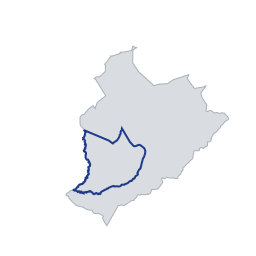 Bolivia, with El Beni highlighted, rotated 236°
{"feature_id": "BOL-1293", "entity_name": "El Beni", "entity_type": "Department", "adm_level": 1, "iso_a3": "BOL", "parent_name": "Bolivia", "parent_adm1": "", "projection": "natural_earth1", "projection_center": [-65.092, -13.43], "detail": "fine", "context": "in_parent", "style": "outline", "palette": "blue", "viewbox_px": 256, "rotation_deg": 236, "n_neighbors": 0, "source": "natural_earth", "source_scale": "10m", "svg_char_len": 8577}
<svg xmlns="http://www.w3.org/2000/svg" viewBox="0 0 256 256"><g transform="rotate(236 128 128)"><path d="M60.2,145.7L59.9,142.6L59.4,141.8L58.7,141.3L58.4,140.7L58.7,140.0L60.1,138.7L60.8,138.5L61.0,137.9L63.5,134.2L64.3,133.5L65.2,132.9L65.6,132.5L65.3,131.2L65.4,130.3L65.7,129.7L67.4,128.6L67.6,128.4L67.5,128.0L66.8,127.4L65.2,126.8L64.2,126.8L63.3,125.8L61.2,120.3L60.9,119.0L60.9,118.5L62.2,115.7L63.7,113.5L63.5,113.0L61.9,110.9L61.4,109.8L61.5,107.6L62.5,106.9L62.9,104.9L63.4,104.6L64.3,103.2L65.5,101.9L65.6,100.4L66.0,100.0L67.0,99.5L67.1,99.1L66.9,98.1L66.3,97.0L65.9,96.5L65.3,93.9L64.7,92.6L65.4,91.4L65.8,90.1L65.9,88.5L65.8,81.8L67.1,80.1L67.7,79.7L68.3,79.2L68.3,78.1L69.2,76.7L58.8,55.8L62.8,55.8L67.2,56.6L68.0,57.0L68.1,57.7L68.6,58.1L69.8,57.9L73.4,56.1L73.9,55.5L75.2,53.5L76.2,52.4L77.1,52.0L78.9,51.9L79.5,52.2L80.2,52.2L80.9,51.0L81.8,49.8L83.7,48.2L84.7,47.8L85.3,47.2L86.4,47.1L87.3,46.6L91.7,42.6L93.5,41.6L95.5,41.2L97.1,40.6L101.0,40.1L103.5,39.8L104.3,40.4L105.2,40.2L106.0,39.3L106.6,39.1L107.1,39.1L107.8,40.1L108.1,41.2L107.9,42.1L107.9,43.3L108.2,44.9L108.1,46.4L106.6,49.0L106.5,49.8L106.6,50.9L107.0,52.6L107.8,55.0L108.0,56.8L107.4,57.9L107.1,58.9L107.2,59.7L107.4,60.3L107.7,60.7L107.9,61.3L108.0,62.3L108.4,63.3L109.3,64.2L109.7,65.1L109.5,66.0L109.5,66.5L109.8,66.7L110.4,66.3L110.7,66.4L111.3,67.6L111.7,68.8L111.8,69.6L113.7,70.3L116.2,72.6L117.3,73.3L118.4,75.8L120.3,76.4L123.9,77.0L125.7,76.2L126.8,76.3L128.0,76.9L130.8,79.1L131.9,79.4L132.7,78.9L133.4,78.7L134.0,78.9L134.6,80.8L136.7,82.7L137.5,83.3L138.4,83.3L142.2,85.2L143.2,85.3L144.3,85.2L144.9,85.5L145.2,86.6L146.9,88.8L147.7,89.7L148.7,90.5L151.2,90.4L151.9,90.7L156.9,90.0L158.8,90.9L163.5,94.0L164.4,96.0L164.6,97.1L164.3,98.2L163.9,98.6L163.8,99.3L164.0,100.4L164.7,101.3L165.3,104.5L165.8,105.2L166.1,111.5L162.5,111.7L163.1,112.3L166.4,116.8L167.1,127.5L185.9,128.3L186.4,128.2L187.7,127.7L188.1,127.7L188.0,130.5L186.6,132.6L186.5,133.3L186.7,136.1L187.2,138.4L187.4,140.5L187.9,141.1L189.6,142.2L192.0,144.2L193.0,144.5L193.8,144.2L194.3,145.1L194.4,146.4L196.5,152.5L196.9,153.3L197.6,153.7L197.4,154.0L196.9,154.2L196.7,154.6L194.2,163.2L194.8,163.2L194.9,164.9L194.2,165.1L194.0,165.4L190.1,174.4L193.1,177.6L192.8,178.1L191.3,178.6L190.4,179.9L189.7,180.1L189.9,177.8L189.7,175.9L189.5,175.4L179.2,168.2L168.7,168.3L151.5,172.5L148.7,173.0L146.8,178.6L142.7,185.4L142.7,192.3L138.3,208.0L137.3,207.0L136.5,205.6L136.3,204.9L136.2,204.8L126.7,204.9L126.3,205.3L125.6,205.2L125.1,205.0L124.6,205.0L123.9,205.3L123.3,205.9L120.0,213.0L119.5,215.6L119.3,216.1L118.8,215.2L117.1,209.9L116.2,208.0L115.1,207.4L111.8,206.4L105.8,206.2L103.9,206.4L102.9,206.2L101.9,205.1L99.6,203.3L99.2,202.6L98.3,202.3L97.8,202.2L97.5,202.6L96.7,205.6L96.2,206.4L93.1,207.7L92.2,207.8L91.8,208.5L91.6,209.5L91.2,210.4L89.1,211.8L88.6,212.4L88.4,213.7L86.8,216.0L82.4,216.9L81.0,216.9L80.0,216.8L79.0,216.0L78.9,214.7L79.1,213.4L79.0,211.6L78.2,209.4L78.2,208.7L78.1,207.6L77.7,205.7L76.7,204.6L76.3,201.5L75.4,199.7L75.3,195.4L72.6,190.7L71.4,190.3L71.2,190.0L71.0,189.3L71.1,187.6L72.0,186.3L69.0,184.0L68.8,183.5L68.8,183.0L69.6,182.0L69.1,180.9L69.1,179.8L68.8,179.4L68.8,179.1L69.2,178.8L70.6,178.4L71.1,177.4L71.1,176.5L70.9,175.9L69.5,174.3L69.5,174.1L72.1,170.2L72.1,169.9L71.8,169.5L70.3,168.3L68.7,166.5L67.6,165.6L66.8,164.7L66.3,163.9L66.2,161.8L65.6,159.7L64.9,154.6L64.2,152.8L64.9,151.8L64.8,151.5L62.3,150.1L61.8,147.7L60.2,145.7Z" fill="#d9dde1" stroke="#a8b0b8" stroke-width="1"/><path d="M107.1,48.2L107.2,48.4L106.9,49.0L106.5,49.3L106.7,49.7L106.6,49.9L106.6,50.1L106.7,50.5L106.7,51.4L106.9,51.6L107.1,51.8L107.2,52.0L107.3,52.4L107.2,53.1L107.0,53.7L107.1,53.9L107.5,54.0L107.9,54.4L108.0,54.6L108.1,55.8L108.2,56.0L108.2,56.3L107.9,56.5L107.7,56.9L107.7,57.1L107.8,57.6L107.8,57.9L107.3,58.3L107.1,58.5L107.1,58.8L107.2,59.0L107.4,59.2L107.5,59.4L107.5,59.6L107.2,59.8L107.2,60.2L107.4,60.4L107.9,60.8L107.9,61.0L107.6,61.4L107.6,61.6L108.0,62.8L108.3,63.2L108.7,63.1L109.1,63.4L109.2,63.6L109.1,63.9L109.2,64.3L109.4,64.4L109.7,64.6L109.8,64.7L109.5,64.8L109.5,65.3L109.4,65.7L109.4,66.2L109.4,66.4L109.8,66.8L110.0,66.7L110.1,65.9L110.4,65.7L110.4,65.9L110.4,66.2L110.5,66.3L110.9,66.6L111.0,67.0L111.2,67.5L111.2,68.0L111.3,68.3L111.6,68.5L111.7,68.8L111.5,69.2L111.5,69.5L111.7,69.8L112.1,70.0L112.6,70.0L113.3,70.2L113.5,70.1L114.1,70.3L114.2,70.8L114.4,71.1L114.7,71.5L114.7,71.8L114.8,71.9L115.0,71.9L115.0,71.4L115.3,71.3L115.4,71.6L115.3,72.0L115.6,72.3L116.4,72.8L116.9,72.8L117.1,73.0L117.3,73.2L117.6,73.1L117.8,73.3L117.8,73.6L117.8,74.2L117.6,74.7L117.6,74.9L118.0,75.2L118.3,75.7L118.7,76.1L118.9,76.2L119.2,76.2L119.6,76.1L119.8,76.2L119.9,76.6L120.1,76.6L120.5,76.3L120.8,76.3L121.0,76.3L121.1,76.5L121.4,76.9L121.6,76.9L121.9,76.5L122.0,76.7L122.7,76.8L123.0,77.1L123.6,77.0L123.9,77.2L124.1,77.2L124.3,77.1L124.8,76.3L124.8,76.2L125.5,76.0L127.2,76.3L127.8,76.7L128.3,77.2L128.5,77.3L129.0,77.4L129.4,77.7L129.4,78.0L129.7,78.2L129.8,78.5L130.2,78.9L130.6,79.0L131.0,79.3L131.9,79.3L132.0,79.3L132.2,79.1L132.4,78.9L132.7,78.9L132.8,78.6L133.2,78.4L133.9,78.7L134.0,78.9L134.1,79.4L134.3,79.6L134.2,79.7L134.2,79.9L134.6,80.4L134.7,80.5L134.7,80.8L134.8,81.1L134.9,81.3L135.0,81.4L135.3,81.5L135.6,81.3L135.7,81.5L136.3,82.5L136.7,82.6L136.8,82.7L136.8,83.0L137.0,83.2L137.2,83.4L137.4,83.5L137.4,83.2L137.6,83.2L138.0,83.1L138.2,82.9L138.4,82.9L138.6,83.1L138.8,83.3L138.9,83.7L138.9,83.8L139.9,84.3L140.6,84.2L140.8,84.3L141.0,84.4L141.3,84.9L141.4,85.1L141.6,85.1L141.9,85.3L142.4,85.3L142.6,85.3L142.7,85.2L142.9,85.3L143.1,85.2L143.3,85.1L143.8,85.0L144.0,85.0L144.3,85.3L144.3,85.0L144.7,85.4L144.8,85.4L145.0,85.4L145.0,86.5L145.1,86.9L145.4,87.1L145.9,87.8L146.1,87.9L146.2,88.2L146.8,88.6L147.3,89.2L147.7,89.5L148.0,90.5L148.4,90.7L149.1,90.5L149.3,90.6L149.5,90.5L150.1,90.3L151.0,90.2L128.1,105.2L124.2,106.5L123.6,106.8L123.9,108.1L123.9,109.6L124.0,110.3L123.9,110.7L123.8,111.5L123.9,112.1L124.0,112.4L124.3,113.0L124.8,114.4L126.0,116.5L126.6,116.9L126.8,117.1L126.8,117.3L126.9,118.0L127.0,118.2L127.5,118.8L127.9,118.9L128.0,119.0L128.4,119.3L128.9,119.7L129.2,120.0L129.3,120.3L129.6,120.8L129.7,121.5L129.8,121.9L130.2,122.4L130.8,122.5L131.0,122.7L115.6,121.8L115.3,121.7L114.2,122.0L109.8,122.6L109.5,122.8L108.9,123.9L108.5,124.8L108.5,125.0L108.5,125.4L107.9,127.6L107.7,128.0L106.5,128.8L102.5,130.1L102.1,130.1L101.5,130.1L100.3,129.8L99.4,129.5L98.8,129.2L97.7,128.3L97.5,128.1L95.6,125.8L94.9,124.8L94.5,123.7L94.4,123.4L90.7,119.2L88.4,116.8L88.2,116.3L88.1,116.2L87.6,115.9L87.5,115.7L87.4,115.6L87.3,115.3L87.4,114.6L87.4,114.2L86.6,112.6L86.3,112.0L85.9,111.5L85.6,110.8L85.3,110.5L85.0,110.5L84.8,110.6L84.5,110.5L84.0,110.2L83.9,109.9L83.7,109.4L83.7,108.9L83.8,107.9L83.8,107.3L83.8,107.0L83.7,106.8L83.1,106.2L82.9,105.9L82.5,104.9L82.6,104.7L82.9,104.3L83.0,104.0L83.1,103.8L83.0,103.5L82.8,103.2L82.6,103.0L82.5,102.8L82.5,102.5L82.4,102.3L82.2,101.8L82.1,101.3L82.2,101.1L82.3,100.9L82.7,100.7L82.8,100.6L82.9,100.3L82.7,99.7L82.8,98.9L82.6,97.6L82.5,97.0L82.5,96.8L82.8,95.2L83.1,94.6L83.1,94.4L83.0,94.0L83.0,93.8L83.2,92.9L83.7,92.5L83.9,92.0L84.4,91.3L84.5,91.1L84.5,90.8L84.3,90.5L84.1,89.3L84.1,88.8L84.3,88.3L84.8,87.5L84.9,87.3L85.3,86.9L86.3,85.6L86.4,85.1L86.8,84.8L87.2,83.9L87.4,83.7L87.7,83.6L87.9,83.6L88.0,83.6L88.6,82.0L89.2,78.9L89.2,78.6L89.0,77.7L89.4,77.0L89.5,76.8L89.4,76.6L89.3,76.4L89.3,75.6L89.4,75.3L89.7,74.5L89.5,73.8L89.6,73.5L89.9,72.9L89.9,72.6L89.8,72.2L89.8,71.9L90.0,71.3L90.0,70.8L90.0,70.1L89.8,69.4L89.5,68.9L89.4,68.7L89.1,68.7L88.9,68.5L88.9,68.1L88.9,67.9L89.1,67.8L89.3,67.8L89.5,67.8L89.9,67.4L90.0,67.1L89.7,66.6L89.7,66.3L89.8,66.2L90.5,66.2L90.9,65.7L91.1,65.6L91.5,65.6L91.9,65.3L91.9,64.9L91.8,64.3L91.9,64.0L92.2,63.7L92.2,63.4L92.2,63.1L92.2,62.7L92.3,62.5L92.6,62.4L93.6,62.3L94.4,62.4L94.7,62.3L95.3,61.8L96.1,61.7L96.5,61.6L96.6,61.1L97.2,60.9L97.3,60.6L97.3,60.4L97.1,60.3L97.0,60.2L97.1,59.8L97.2,59.6L97.6,59.0L97.7,58.8L97.6,58.1L97.6,57.7L97.8,57.7L98.2,57.8L98.4,57.5L98.5,57.1L98.5,56.6L98.6,56.2L98.9,56.1L99.1,56.0L99.2,55.8L99.4,55.2L99.6,54.6L99.5,54.4L99.4,54.4L99.2,54.5L98.9,54.4L99.3,54.1L99.7,53.7L100.0,53.6L100.4,53.7L100.9,53.9L101.3,53.9L101.5,53.5L101.4,53.3L101.3,53.0L101.1,52.8L100.9,52.8L100.8,52.6L100.9,52.4L101.0,52.1L101.3,52.1L101.5,52.3L101.7,52.6L101.8,52.7L102.1,52.6L102.6,52.4L102.9,52.2L103.0,51.9L103.0,51.3L102.9,50.8L102.9,50.6L103.2,50.5L103.9,50.7L104.2,50.5L104.6,50.1L105.6,49.5L105.7,49.4L105.8,49.1L106.0,48.8L106.3,48.4L106.5,48.4L107.1,48.2Z" fill="none" stroke="#1e3a8a" stroke-width="2"/></g></svg>